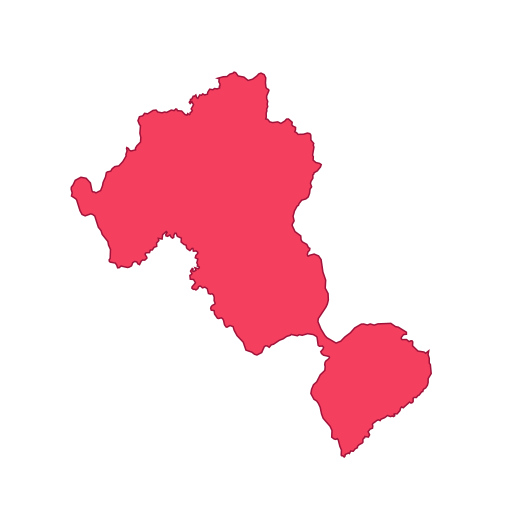 Los Andes, Nariño, Colombia, rotated 11°
{"feature_id": "7082276B65989383346082", "entity_name": "Los Andes", "entity_type": "district", "adm_level": 2, "iso_a3": "COL", "parent_name": "Colombia", "parent_adm1": "Nariño", "projection": "natural_earth1", "projection_center": [-77.705, 1.658], "detail": "fine", "context": "isolated", "style": "filled", "palette": "rose", "viewbox_px": 512, "rotation_deg": 11, "n_neighbors": 0, "source": "geoboundaries", "source_scale": "gbopen_adm2", "svg_char_len": 6108}
<svg xmlns="http://www.w3.org/2000/svg" viewBox="0 0 512 512"><g transform="rotate(11 256 256)"><path d="M246.7,121.9L243.9,121.7L241.3,119.6L239.4,119.6L239.6,117.7L238.7,113.7L239.0,111.6L238.4,109.7L239.0,107.1L238.0,104.8L238.0,102.0L236.5,99.7L235.9,96.9L237.1,91.1L236.6,90.2L234.8,89.7L233.6,88.6L232.2,84.1L231.6,79.3L229.4,76.4L226.0,75.5L224.0,76.7L222.5,79.1L218.9,83.1L214.7,85.2L210.1,82.7L204.1,82.7L201.1,79.9L199.4,79.7L198.6,80.9L195.6,82.5L193.3,85.4L189.6,86.3L184.4,88.9L186.1,89.1L186.3,92.1L187.7,93.8L188.2,95.7L187.6,96.3L188.2,97.9L186.0,99.4L183.3,99.5L182.0,101.0L178.7,101.1L177.4,104.5L177.5,106.4L174.8,107.7L172.8,107.0L171.8,108.6L170.1,108.6L168.8,112.3L167.6,111.9L166.2,109.4L165.1,110.9L163.9,111.1L163.0,114.2L161.8,114.8L162.3,116.6L161.4,116.9L161.2,117.9L162.3,118.9L163.7,116.9L165.8,119.4L164.3,124.0L165.7,125.4L165.1,127.0L164.1,127.7L164.2,129.1L163.5,130.0L161.8,129.2L161.3,130.9L159.3,130.7L155.4,127.9L151.2,128.3L150.2,127.0L149.3,126.9L147.9,128.9L145.0,128.9L140.9,132.1L138.7,132.1L136.4,133.4L132.1,133.4L130.1,131.8L127.2,132.7L122.5,137.1L119.4,137.2L118.1,140.0L115.0,141.5L114.3,145.7L116.6,149.3L117.7,150.0L118.6,157.7L120.3,161.6L120.9,166.2L118.0,170.6L117.1,173.2L117.5,174.8L113.2,176.8L111.3,176.2L110.3,174.8L108.5,174.2L108.4,175.2L109.4,177.5L108.9,181.0L109.4,182.7L107.3,188.7L104.2,193.7L100.3,195.2L98.2,197.7L97.2,200.4L94.1,201.8L93.2,202.8L93.2,207.2L91.9,212.8L91.9,216.6L91.0,221.4L86.8,224.6L85.3,224.0L83.6,224.2L82.6,223.4L79.5,215.9L74.4,212.1L69.1,212.1L64.1,216.2L62.9,221.1L61.6,223.7L61.8,225.7L63.5,229.1L63.4,232.3L68.1,234.2L69.3,235.3L74.6,245.1L77.3,248.4L80.6,249.2L85.7,246.2L87.5,246.3L90.1,247.5L95.8,257.9L99.0,260.6L100.9,264.1L107.8,270.0L109.2,273.5L111.9,277.3L113.3,286.3L112.6,287.6L112.9,289.0L114.0,289.8L119.2,289.8L121.0,291.5L122.4,294.0L123.9,293.6L125.5,291.6L132.2,291.8L133.8,291.0L135.7,289.4L136.3,286.0L138.0,284.5L140.1,284.6L141.6,286.3L143.3,286.7L144.4,282.7L145.5,281.6L147.6,281.3L149.3,279.0L149.1,278.1L147.0,275.9L146.9,274.6L147.6,273.8L150.8,273.0L151.1,270.4L153.1,269.8L154.3,266.9L156.7,265.5L155.9,262.2L157.7,259.4L156.7,257.3L160.6,257.3L160.3,252.9L163.2,249.1L164.2,249.7L163.3,252.2L163.8,253.4L165.4,253.6L167.5,251.8L168.8,253.4L170.6,254.4L171.7,253.4L171.4,251.3L172.0,249.2L173.2,248.9L175.0,251.7L179.3,252.7L179.8,256.6L183.1,258.4L185.3,258.7L186.3,261.2L187.1,262.0L190.1,263.3L191.6,260.9L192.6,260.6L193.6,263.2L196.3,262.5L198.1,263.4L198.3,264.7L196.9,266.8L196.7,269.3L199.5,270.1L199.2,273.9L200.5,275.8L200.3,277.0L202.4,277.6L202.6,278.3L201.8,279.6L198.3,279.2L199.8,281.4L197.9,283.1L196.9,282.9L196.6,280.6L195.8,280.4L194.6,283.3L196.4,285.4L196.2,286.5L194.8,287.6L195.9,291.3L199.2,291.0L201.7,293.8L199.1,298.5L199.2,299.8L200.8,300.7L202.4,300.3L203.5,300.8L205.1,299.1L205.5,297.1L206.5,296.3L207.5,296.2L209.5,297.5L211.8,296.3L214.4,297.4L216.5,301.9L218.7,302.1L219.9,301.4L221.5,302.2L222.9,304.5L223.4,307.8L224.9,310.1L224.6,311.2L222.5,312.9L221.6,314.5L221.5,316.1L222.4,317.7L225.3,317.6L226.4,320.9L230.0,324.4L231.2,324.5L233.7,323.3L235.2,323.9L236.4,325.4L238.2,329.5L240.2,331.4L241.1,331.4L243.8,329.2L247.0,329.7L248.8,333.2L252.6,337.8L259.9,343.0L264.1,350.3L270.3,351.2L273.2,352.7L275.8,353.0L280.0,349.7L281.4,343.6L282.5,342.3L284.3,342.2L286.4,343.1L288.0,340.2L290.0,339.3L295.1,334.2L298.5,332.1L301.4,329.1L304.8,327.3L305.5,326.3L311.9,326.4L313.4,325.0L316.5,325.0L321.5,322.4L327.2,322.2L330.1,323.2L331.4,324.0L334.0,331.7L335.4,332.5L338.4,331.7L339.7,332.7L339.6,334.4L337.8,337.6L339.0,339.3L341.2,340.5L346.9,340.7L347.5,341.6L346.9,343.1L344.5,345.9L344.1,347.4L344.2,349.7L345.0,351.3L345.4,355.2L341.8,360.3L339.6,368.0L337.0,371.4L336.0,376.3L336.1,380.5L340.2,385.6L343.2,386.7L345.4,388.8L347.9,392.3L350.5,398.6L352.9,402.5L361.2,409.0L363.9,412.8L364.9,419.4L367.5,420.7L369.4,420.8L370.5,419.8L371.7,420.6L374.7,426.9L376.9,430.2L377.6,435.1L378.1,435.7L379.2,435.5L380.9,436.5L381.6,435.3L381.4,433.9L384.3,431.8L385.4,432.1L386.1,429.4L388.7,429.1L390.2,426.3L392.1,424.9L391.9,423.5L393.3,421.5L395.9,419.4L396.5,418.3L395.9,415.8L396.6,414.1L397.3,413.7L397.4,412.4L400.9,412.3L401.6,409.8L399.6,407.1L401.0,404.2L403.2,402.8L403.1,400.6L402.4,399.2L402.7,398.1L406.2,394.2L407.6,393.5L409.2,393.9L409.9,392.3L413.2,390.1L415.5,387.5L418.7,388.0L420.2,387.1L421.6,387.4L422.6,386.5L422.8,386.9L422.6,386.2L421.8,385.6L421.8,384.7L424.7,384.0L426.8,380.2L426.9,377.9L427.7,376.4L429.5,376.9L434.6,370.1L436.2,370.8L437.6,369.9L438.0,368.7L437.4,365.6L438.2,364.7L440.4,364.3L441.6,362.1L442.7,361.4L444.5,357.7L445.6,357.2L445.7,355.0L447.7,353.1L448.9,350.3L449.1,347.5L448.4,343.4L450.4,338.0L447.9,329.4L446.5,328.0L445.6,323.4L443.7,319.9L443.6,316.2L441.1,319.1L439.2,318.2L433.1,318.4L426.8,314.3L426.3,310.5L425.6,309.6L424.4,309.6L422.5,310.8L419.7,309.3L415.3,310.2L414.3,309.3L414.3,307.9L415.8,305.0L418.6,304.1L418.2,302.1L409.3,298.7L406.4,298.7L401.2,296.4L388.5,299.4L385.2,301.3L381.1,300.9L378.5,302.5L374.7,302.2L372.3,302.8L366.6,307.8L363.3,313.4L358.6,318.6L355.5,323.4L351.2,326.2L341.2,322.7L338.8,320.9L333.6,315.2L329.3,308.6L329.1,305.5L334.4,292.8L335.2,289.5L335.4,285.3L333.9,279.1L330.1,274.4L329.0,266.4L324.7,258.9L320.6,247.1L317.4,244.0L312.7,243.0L308.6,245.0L307.5,246.1L306.7,246.0L306.1,244.6L306.2,242.1L307.5,240.1L307.4,238.2L305.9,237.8L303.7,234.9L298.6,233.2L297.1,231.4L296.1,227.7L289.6,224.6L285.7,219.2L285.6,217.8L286.7,214.3L284.8,209.9L285.2,204.3L286.8,199.2L288.0,198.1L288.2,196.4L290.2,192.5L294.1,190.4L296.0,188.1L296.6,184.2L296.3,180.0L297.4,177.5L295.6,174.4L295.7,172.2L297.0,168.7L296.3,165.7L297.1,164.5L297.1,163.2L299.9,160.8L302.3,156.3L302.6,153.8L300.7,153.0L296.9,152.8L293.8,151.0L293.3,147.5L292.3,146.3L292.1,138.1L291.0,136.1L291.2,134.5L287.8,131.7L286.7,126.8L285.5,125.6L283.0,125.5L279.4,127.4L274.0,128.6L272.3,127.2L270.3,126.6L270.7,124.7L270.3,122.2L267.2,121.3L266.2,120.4L266.0,117.8L261.7,115.3L259.8,115.8L258.6,117.9L255.2,121.1L251.8,120.2L246.7,121.9Z" fill="#f43f5e" stroke="#9f1239" stroke-width="1.5"/></g></svg>